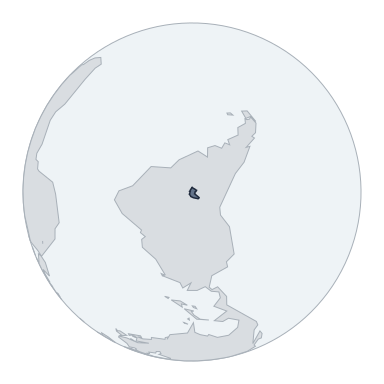 Alto Paraguay highlighted on a globe, orthographic projection, rotated 205°
{"feature_id": "PRY-597", "entity_name": "Alto Paraguay", "entity_type": "Department", "adm_level": 1, "iso_a3": "PRY", "parent_name": "Paraguay", "parent_adm1": "", "projection": "orthographic", "projection_center": [-58.696, -20.855], "detail": "fine", "context": "on_globe", "style": "filled", "palette": "slate", "viewbox_px": 384, "rotation_deg": 205, "n_neighbors": 0, "source": "natural_earth", "source_scale": "10m", "svg_char_len": 5438}
<svg xmlns="http://www.w3.org/2000/svg" viewBox="0 0 384 384"><g transform="rotate(205 192 192)"><circle cx="192" cy="192" r="169" fill="#eef3f6" stroke="#a8b0b8"/><path d="M88.9,58.1L88.7,58.3L92.0,55.8L103.4,48.2L115.3,41.5L127.7,35.7L140.6,31.1L153.7,27.4L167.2,24.9L166.6,25.0L161.4,25.8L144.2,30.2L140.8,31.6L141.2,32.2L153.4,30.9L151.8,32.4L153.7,33.8L157.0,32.3L156.8,30.7L163.4,28.7L162.3,27.6L164.9,26.8L165.9,25.8L171.6,25.2L176.5,25.2L176.0,26.2L178.1,26.5L183.4,25.2L186.9,27.3L197.2,29.5L197.4,30.5L189.5,32.2L177.5,32.5L167.2,36.7L179.8,33.4L180.2,36.6L182.8,37.1L186.2,36.8L188.3,35.5L189.7,36.7L177.8,39.9L176.3,38.8L180.1,37.7L174.5,38.1L166.5,41.2L167.3,43.0L154.2,47.1L154.7,48.7L152.1,50.8L152.3,47.9L151.7,53.4L136.5,62.3L135.5,74.2L130.1,66.0L124.2,66.2L117.0,68.0L116.6,69.9L107.5,71.0L98.2,77.7L93.4,88.6L95.3,95.7L105.6,93.0L109.4,87.6L117.4,84.8L110.2,98.8L123.9,97.7L121.6,108.1L125.4,112.8L132.6,110.2L140.0,111.8L145.7,105.0L154.7,100.8L154.5,109.2L159.8,101.1L164.6,104.8L182.8,103.6L181.3,105.6L196.5,115.8L213.6,120.9L217.6,127.8L215.5,131.8L221.6,133.4L221.7,136.2L246.2,143.0L259.0,152.1L258.7,162.2L248.4,172.6L239.8,197.8L221.4,204.9L217.3,215.8L203.9,231.7L192.7,230.2L196.5,238.7L190.8,243.8L183.6,244.2L183.0,250.4L177.8,250.7L181.7,254.6L174.3,263.1L177.7,269.8L172.6,276.8L175.0,280.8L172.7,280.8L170.6,282.5L170.7,284.8L163.1,281.5L159.5,272.6L161.3,267.8L158.2,267.3L161.8,255.3L158.8,257.9L157.4,241.0L160.5,227.1L160.4,189.9L156.4,183.1L143.4,176.4L127.6,153.6L131.3,143.3L128.1,139.2L138.7,124.5L136.2,113.0L132.6,112.0L128.7,116.9L116.5,112.0L112.8,104.4L79.0,101.9L76.2,99.4L77.4,93.3L72.8,80.3L71.7,94.8L68.7,93.4L67.5,89.1L69.8,86.6L71.1,79.6L69.3,79.0L74.6,71.0L86.7,59.9L88.9,58.1ZM134.0,78.7L149.7,82.9L140.1,84.9L142.0,83.4L138.2,81.3L130.8,80.2L122.6,83.1L134.0,78.7ZM142.5,70.5L139.7,70.5L142.5,70.0L142.5,70.5ZM162.7,26.3L164.3,26.1L163.3,26.4L162.7,26.3ZM161.7,26.3L159.4,26.8L158.6,26.9L160.0,26.5L161.7,26.3ZM164.7,25.6L157.4,26.9L156.0,27.1L160.3,26.1L164.7,25.6ZM176.3,288.8L163.9,282.9L170.7,285.4L174.3,281.5L181.2,286.3L176.3,288.8ZM187.4,279.0L192.3,277.1L193.7,278.3L190.7,279.9L187.4,279.0ZM305.6,67.0L303.7,65.2L300.8,63.4L305.1,71.1L301.7,70.2L295.2,66.2L285.6,55.6L294.3,58.9L291.0,56.0L282.4,50.1L285.7,51.9L283.3,50.2L285.8,51.6L284.5,50.6L295.4,58.4L305.6,67.0ZM352.0,246.2L350.7,248.9L345.8,260.5L344.2,261.7L340.7,267.9L336.6,272.5L331.5,275.4L328.3,269.5L332.1,263.3L336.5,249.1L344.4,217.9L349.4,207.1L350.8,197.1L348.1,172.0L349.0,161.5L347.2,155.6L344.2,154.5L341.7,147.6L339.4,146.2L322.4,142.0L314.7,132.4L299.4,108.0L300.6,100.8L296.3,91.5L301.2,70.2L307.2,73.9L316.7,78.5L318.8,80.6L323.1,86.3L333.6,99.9L340.2,110.8L345.9,122.2L350.7,133.9L354.6,146.0L357.6,158.4L359.6,170.9L360.8,183.6L360.9,196.3L360.1,209.0L358.3,221.6L355.6,234.1L352.0,246.2ZM305.4,82.0L306.7,84.5L305.4,82.0ZM183.4,103.5L185.5,105.1L182.6,105.2L183.4,103.5ZM138.4,88.2L141.9,87.9L143.6,88.9L140.9,89.7L138.4,88.2ZM168.6,85.4L172.7,85.9L168.3,86.8L168.6,85.4ZM152.2,83.5L165.2,85.4L156.6,88.3L148.4,87.4L154.3,86.1L152.2,83.5ZM140.2,74.8L142.3,75.1L141.4,76.5L140.2,74.8ZM144.5,70.3L143.7,70.5L142.8,69.6L144.5,70.3ZM180.9,36.4L181.9,36.2L185.3,36.2L183.4,36.8L180.9,36.4ZM201.6,34.0L203.4,36.1L200.8,34.8L198.6,35.7L190.6,34.5L197.2,30.9L195.6,32.6L201.6,34.0ZM181.6,32.6L186.0,33.3L181.0,32.7L181.6,32.6ZM267.2,40.9L270.3,42.4L272.6,43.8L270.5,43.4L267.2,41.2L267.2,40.9ZM269.9,42.1L270.0,42.1L271.4,42.9L281.5,48.7L283.6,50.1L278.4,47.5L278.6,47.2L275.6,45.5L274.1,44.4L264.3,39.3L269.9,42.1ZM240.5,30.2L235.5,28.8L235.8,28.8L234.8,28.6L240.5,30.2ZM173.5,24.1L171.4,24.3L171.5,24.3L173.4,24.1L173.5,24.1ZM182.0,23.3L181.2,23.4L188.3,23.2L185.5,23.6L181.0,23.6L184.1,24.0L178.9,24.2L181.7,24.6L171.9,24.6L167.4,25.1L173.5,24.3L176.3,23.8L176.1,23.8L175.4,23.9L182.0,23.3ZM218.8,25.2L214.7,24.7L213.2,25.2L214.3,26.2L206.9,25.3L201.2,24.0L197.4,23.2L199.1,23.2L218.8,25.2ZM321.6,83.5L317.9,79.3L318.9,80.4L319.0,80.5L321.6,83.5ZM309.3,70.7L309.8,71.0L313.7,75.1L312.7,74.1L309.3,70.7ZM306.6,67.9L309.5,70.7L307.3,68.6L306.6,67.9Z" fill="#d9dde1" stroke="#a8b0b8" stroke-width="1"/><path d="M193.5,190.0L193.5,190.3L193.7,190.5L193.8,190.7L194.0,190.8L193.9,190.8L193.9,191.0L193.9,191.3L194.0,191.4L194.0,191.5L194.3,191.6L194.2,191.7L194.1,191.8L194.3,191.9L194.3,192.0L194.2,192.1L194.3,192.2L194.3,192.3L194.3,192.5L194.4,192.8L194.3,193.1L194.2,193.2L194.2,193.3L194.3,193.4L194.3,193.5L194.1,193.8L194.1,194.0L194.1,194.3L194.2,194.5L194.1,194.8L194.1,195.0L194.0,195.3L193.9,195.5L194.0,195.6L194.0,195.8L194.0,196.0L194.2,196.3L194.4,196.5L193.4,196.2L193.2,196.0L191.9,195.9L191.2,195.8L190.8,195.9L190.7,195.9L190.2,195.6L189.0,195.5L188.9,195.5L188.6,195.5L188.6,195.4L188.5,195.1L188.6,194.9L188.8,193.8L188.9,193.7L189.2,193.5L189.3,193.4L189.1,192.6L188.9,192.3L188.9,192.2L188.8,191.9L188.7,191.8L188.8,191.5L188.7,191.5L188.5,191.4L183.4,190.0L183.1,189.8L183.1,189.7L183.2,189.4L183.3,189.1L183.4,188.9L183.4,188.7L183.5,188.6L183.8,188.5L183.9,188.4L184.0,188.4L185.1,188.2L186.1,187.9L187.0,187.7L187.9,187.5L188.4,187.4L188.6,187.4L189.1,187.4L189.6,187.4L190.2,187.4L190.7,187.4L190.9,187.4L191.0,187.4L191.0,187.5L191.3,187.6L191.5,187.8L191.8,187.9L192.0,188.1L192.3,188.2L192.6,188.4L192.8,188.6L193.1,188.7L193.3,188.9L193.4,189.0L193.5,189.0L193.5,189.4L193.5,189.5L193.5,189.9L193.5,190.0Z" fill="#64748b" stroke="#1e293b" stroke-width="1.5"/></g></svg>